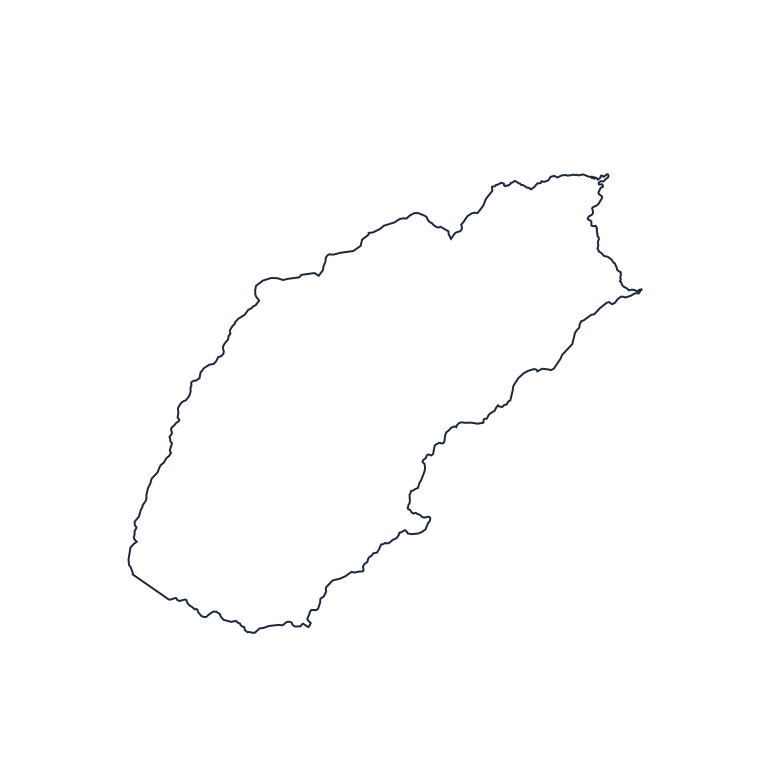 Nangaritza, Zamora Chinchipe, Ecuador (Natural Earth projection), rotated 34°
{"feature_id": "8360857B36504899110850", "entity_name": "Nangaritza", "entity_type": "district", "adm_level": 2, "iso_a3": "ECU", "parent_name": "Ecuador", "parent_adm1": "Zamora Chinchipe", "projection": "natural_earth1", "projection_center": [-78.749, -4.316], "detail": "fine", "context": "isolated", "style": "outline", "palette": "slate", "viewbox_px": 768, "rotation_deg": 34, "n_neighbors": 0, "source": "geoboundaries", "source_scale": "gbopen_adm2", "svg_char_len": 6136}
<svg xmlns="http://www.w3.org/2000/svg" viewBox="0 0 768 768"><g transform="rotate(34 384 384)"><path d="M365.5,156.3L365.5,157.8L363.3,160.1L365.8,163.4L365.0,173.4L366.6,180.9L366.0,189.8L362.9,191.7L361.4,193.3L359.3,198.3L359.3,204.7L358.9,208.6L361.4,211.0L361.9,212.6L361.7,214.8L359.2,217.8L358.5,219.7L358.4,226.2L353.8,223.6L352.1,221.4L342.9,222.0L341.6,223.9L339.0,224.6L336.0,224.5L333.9,223.9L331.2,224.2L328.4,223.4L326.0,221.7L323.5,221.8L316.8,223.2L313.7,225.2L311.3,229.5L310.1,234.2L306.9,236.2L304.7,238.6L302.3,244.2L295.3,253.0L294.2,257.2L290.1,264.5L286.8,267.3L287.5,268.6L287.5,269.6L285.1,276.6L287.4,282.5L284.2,290.9L274.7,299.4L270.2,304.5L268.1,306.1L266.3,306.8L265.2,308.8L265.1,311.7L267.1,315.6L268.1,320.5L269.7,323.7L269.3,330.8L264.3,330.9L254.8,339.4L254.3,340.2L254.3,342.1L253.8,343.2L245.5,350.6L242.2,354.2L236.5,355.9L231.2,359.2L225.7,366.1L223.0,374.3L224.7,378.2L227.2,381.7L229.2,383.2L233.4,384.4L233.9,385.0L233.5,390.4L232.1,393.0L231.6,395.6L230.0,398.4L229.8,404.5L226.7,411.5L226.1,415.3L226.1,416.4L226.7,417.6L226.0,420.3L226.1,424.8L226.6,426.3L228.6,428.3L228.3,431.1L229.8,434.3L229.3,439.1L229.5,442.7L230.3,444.3L232.9,446.5L234.0,448.9L233.3,452.3L231.5,454.4L232.1,458.9L231.6,462.6L228.3,465.8L225.9,471.5L225.5,477.1L227.8,482.4L226.1,486.5L224.2,488.0L223.5,489.9L223.6,491.1L225.2,492.9L225.7,495.3L227.9,498.3L229.2,502.6L228.9,508.1L227.1,510.9L226.3,513.6L226.7,519.3L229.8,523.1L231.6,527.1L234.5,528.2L234.6,530.0L233.5,532.3L233.2,535.9L232.2,538.9L233.0,541.0L235.8,543.3L235.8,548.0L237.1,548.7L238.9,551.0L241.4,551.7L243.3,558.3L244.1,559.3L245.9,560.1L246.1,563.6L245.1,567.1L245.4,572.3L244.4,575.7L244.3,577.6L245.7,583.9L244.3,592.4L245.9,597.2L246.5,602.0L249.1,609.0L250.7,611.1L251.8,613.9L251.7,619.6L252.5,621.1L252.8,624.6L255.0,631.0L254.3,637.7L256.3,640.3L259.1,641.4L259.7,645.7L261.1,647.8L262.5,651.3L264.5,652.5L267.3,653.1L266.1,656.0L265.2,661.2L270.3,672.3L273.8,676.6L276.4,677.5L281.7,681.4L282.2,682.4L326.1,683.0L327.4,682.3L330.8,678.0L331.4,677.7L333.3,678.6L335.6,678.4L339.5,674.0L340.9,673.6L343.7,675.6L346.2,676.3L349.5,676.2L353.2,676.6L354.2,675.6L355.4,675.4L357.6,677.1L362.4,678.5L365.3,677.7L366.8,676.6L368.2,671.6L369.8,668.1L372.2,666.6L376.4,666.5L379.1,668.3L382.9,669.2L390.3,666.7L393.7,663.2L396.4,663.6L398.5,663.1L399.9,664.0L401.9,664.4L403.8,663.6L406.5,665.9L409.8,666.0L410.9,665.0L414.6,663.5L416.0,662.4L417.5,656.3L420.7,653.3L424.0,648.9L431.0,642.9L434.9,640.7L436.3,636.0L438.2,634.1L440.6,633.4L443.3,634.9L445.7,634.9L450.2,631.7L450.6,628.4L451.2,627.9L457.0,627.9L457.5,627.1L457.0,623.2L452.3,622.2L451.7,621.4L450.8,616.7L449.9,614.1L450.2,611.8L454.0,609.6L455.1,607.4L453.2,600.7L451.5,598.0L451.6,596.7L452.9,593.9L452.1,588.4L450.5,586.8L449.7,584.9L450.9,577.3L451.6,575.2L456.3,570.1L459.2,565.5L462.2,557.8L464.7,557.0L467.6,554.0L471.2,551.2L471.2,549.8L468.7,547.3L468.4,543.9L469.7,540.9L468.6,537.8L468.6,536.0L469.8,532.8L469.8,530.4L472.5,527.6L472.2,523.0L471.3,518.8L472.7,517.4L473.9,515.1L475.1,514.8L476.9,513.4L478.7,507.7L480.5,505.1L480.7,500.8L480.1,499.8L480.0,498.5L480.7,498.1L483.1,493.5L484.6,493.4L487.2,494.6L490.6,493.2L496.0,488.8L498.1,485.7L499.7,481.3L498.3,474.8L498.6,472.6L498.1,470.6L497.1,469.1L496.1,468.9L494.6,469.5L492.1,472.3L490.0,472.9L486.7,472.4L484.4,473.1L482.6,473.0L480.7,475.0L478.2,474.9L476.2,473.8L474.1,474.2L473.0,473.6L471.8,470.1L471.9,469.0L471.3,467.2L467.0,461.3L467.0,459.7L466.3,457.6L467.6,456.1L468.6,453.6L470.3,451.2L468.7,446.2L468.6,443.3L467.1,436.4L466.2,433.1L464.8,430.3L462.3,427.6L459.7,427.2L459.0,425.6L460.0,421.8L459.5,419.6L459.7,418.1L460.8,417.3L462.6,417.1L463.2,416.6L463.8,414.5L460.9,407.7L460.5,406.5L460.8,405.4L462.6,401.9L465.8,400.6L466.4,399.4L465.9,397.1L463.3,392.2L462.7,389.2L463.7,386.0L464.1,382.6L466.4,379.5L468.0,379.4L467.6,377.3L468.1,374.2L469.9,372.3L472.8,370.9L477.7,367.4L483.7,364.6L488.0,360.6L486.7,358.1L486.7,356.9L488.6,355.1L488.1,350.9L488.9,347.9L490.7,344.4L490.2,340.7L490.4,337.9L492.1,338.2L494.9,336.9L495.4,334.2L497.2,332.4L496.8,329.0L497.9,327.0L494.0,316.6L492.7,314.6L492.2,311.8L492.1,304.0L493.7,297.3L495.9,292.9L500.0,287.7L501.8,287.0L503.5,287.2L504.1,287.7L506.6,282.9L513.0,279.6L514.5,279.3L516.2,276.4L516.2,264.0L515.4,260.2L517.8,245.7L513.8,234.9L513.7,231.6L514.4,228.2L513.1,225.7L512.4,221.6L514.0,219.5L517.2,210.6L519.3,208.7L520.6,200.4L523.2,192.0L524.8,190.3L528.5,190.3L530.0,187.6L530.3,182.8L531.6,179.3L532.0,178.7L534.3,177.6L535.8,177.3L539.4,172.6L541.0,169.1L543.1,167.0L544.5,166.6L544.5,162.8L545.0,161.0L542.9,163.3L542.7,164.5L541.4,165.7L538.9,166.1L536.7,167.2L534.7,169.4L532.3,168.9L527.7,169.3L525.2,168.3L523.6,166.9L522.2,167.0L521.7,164.6L520.4,163.8L519.3,160.9L517.6,158.9L515.3,159.3L513.2,158.9L512.3,157.7L507.8,154.9L506.5,155.0L503.2,153.7L498.5,153.4L494.7,154.8L491.1,153.9L487.8,154.0L486.7,152.8L485.4,152.5L484.2,149.3L482.0,146.9L481.1,143.7L479.8,142.3L478.7,142.2L477.4,141.1L477.0,140.1L475.2,138.7L474.7,137.4L473.5,136.5L473.4,135.7L471.0,134.5L469.2,136.2L467.4,136.7L464.8,133.1L460.8,133.4L460.2,132.7L460.1,130.6L461.7,127.4L461.8,125.8L460.8,124.1L458.4,122.1L458.2,120.9L460.4,117.3L461.1,115.1L460.8,108.1L459.8,106.6L455.8,106.3L454.6,105.1L453.9,100.1L455.2,98.3L454.6,97.1L453.1,96.6L450.6,98.4L449.5,97.0L450.1,94.9L452.7,93.2L453.4,89.4L454.2,87.9L453.8,85.9L452.4,85.0L451.4,85.6L450.6,88.7L449.9,89.5L448.2,89.2L447.4,90.1L448.0,92.0L447.0,95.0L444.8,94.3L444.0,94.7L443.8,95.6L443.2,95.0L442.4,95.2L442.7,96.2L441.5,97.0L440.7,96.8L440.4,96.0L438.2,97.5L431.9,98.9L428.5,102.4L427.0,102.6L425.7,103.9L424.1,104.5L419.9,108.5L418.2,108.9L414.9,111.4L412.3,115.8L408.3,116.4L407.5,117.9L406.3,119.0L406.3,123.4L403.8,126.8L401.2,127.9L401.7,128.7L401.5,129.7L398.9,132.1L398.6,135.9L397.2,140.2L396.4,140.7L395.0,140.2L392.5,141.3L388.3,141.3L386.1,142.3L384.6,141.7L383.5,142.3L379.6,142.3L378.6,142.9L378.0,144.9L376.6,146.6L376.9,147.8L375.9,150.2L375.0,150.5L373.6,152.3L372.6,152.3L371.2,150.8L368.6,151.7L366.7,155.3L365.5,156.3Z" fill="none" stroke="#1e293b" stroke-width="2"/></g></svg>